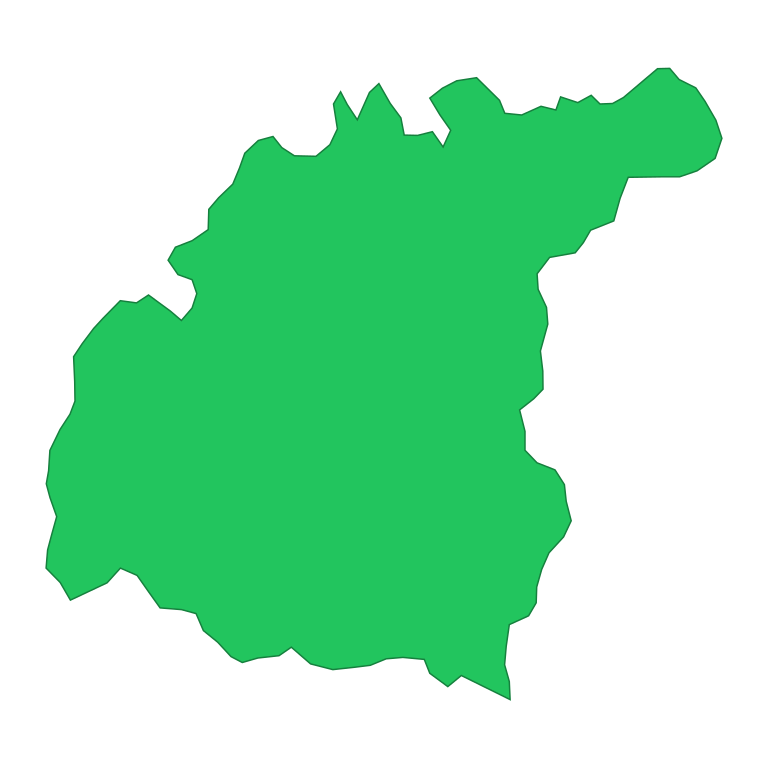 Paulínia, São Paulo, Brazil
{"feature_id": "56859067B57069551126176", "entity_name": "Paulínia", "entity_type": "district", "adm_level": 2, "iso_a3": "BRA", "parent_name": "Brazil", "parent_adm1": "São Paulo", "projection": "albers", "projection_center": [-47.141, -22.748], "detail": "fine", "context": "isolated", "style": "filled", "palette": "green", "viewbox_px": 768, "rotation_deg": 0, "n_neighbors": 0, "source": "geoboundaries", "source_scale": "gbopen_adm2", "svg_char_len": 1816}
<svg xmlns="http://www.w3.org/2000/svg" viewBox="0 0 768 768"><path d="M73.6,356.7L74.7,381.6L75.0,401.1L70.0,414.2L60.1,429.4L49.9,450.4L48.6,470.8L46.3,483.8L50.0,497.6L56.7,516.6L51.5,535.3L47.6,550.0L46.1,568.1L60.2,582.5L70.4,600.1L107.1,582.8L120.4,568.1L137.1,575.4L148.6,591.8L160.1,607.9L181.5,609.6L196.1,613.6L203.4,630.6L217.7,642.2L231.0,656.6L242.3,662.5L257.9,658.0L279.0,655.7L291.3,647.2L310.6,663.9L332.8,669.6L354.1,667.3L370.3,665.3L386.2,658.8L402.9,657.4L424.3,659.4L429.8,673.3L447.8,686.6L461.3,675.5L510.1,699.6L509.3,681.5L504.6,664.8L506.2,646.4L509.3,624.6L528.6,615.8L536.2,602.8L536.7,587.0L541.7,569.4L549.0,552.8L563.6,536.9L571.2,520.8L566.2,501.3L564.4,484.6L555.0,469.9L537.0,462.8L525.0,450.3L525.0,431.4L519.6,409.9L533.7,398.8L543.0,389.2L542.8,371.1L540.4,351.0L547.8,324.1L546.5,307.4L538.1,289.3L537.1,273.8L549.6,257.4L575.2,252.8L583.3,242.7L590.6,230.2L613.8,220.9L620.1,198.3L628.2,177.3L661.6,176.8L679.6,176.8L697.1,170.8L715.1,158.4L721.9,138.3L715.9,120.2L705.0,101.3L695.8,87.9L679.1,79.5L669.7,68.4L657.5,68.7L623.5,97.5L612.6,103.5L600.0,104.0L591.2,95.3L577.8,102.6L560.6,96.9L555.9,110.0L541.0,106.3L521.7,115.0L504.8,113.3L499.5,100.3L476.6,77.7L456.7,80.8L442.4,88.2L429.8,98.1L440.0,115.0L450.7,130.3L443.1,147.0L432.4,131.7L417.6,135.4L404.2,135.1L400.9,117.9L390.2,103.4L378.9,83.6L369.5,92.4L357.3,119.8L347.3,104.6L340.6,91.8L333.5,104.0L337.4,128.9L329.9,144.7L316.0,156.3L294.4,155.8L281.8,147.6L273.0,136.5L258.3,140.5L244.8,153.2L239.5,168.0L232.8,184.1L218.7,197.7L208.8,209.3L208.2,229.6L192.1,240.7L175.4,247.2L168.1,260.2L178.0,274.6L192.1,279.7L196.8,293.6L192.1,308.0L181.4,320.5L170.4,311.1L159.2,302.9L148.5,295.0L136.5,302.9L120.3,300.7L103.1,318.2L93.7,328.4L82.2,343.7L73.6,356.7Z" fill="#22c55e" stroke="#15803d" stroke-width="1.5"/></svg>